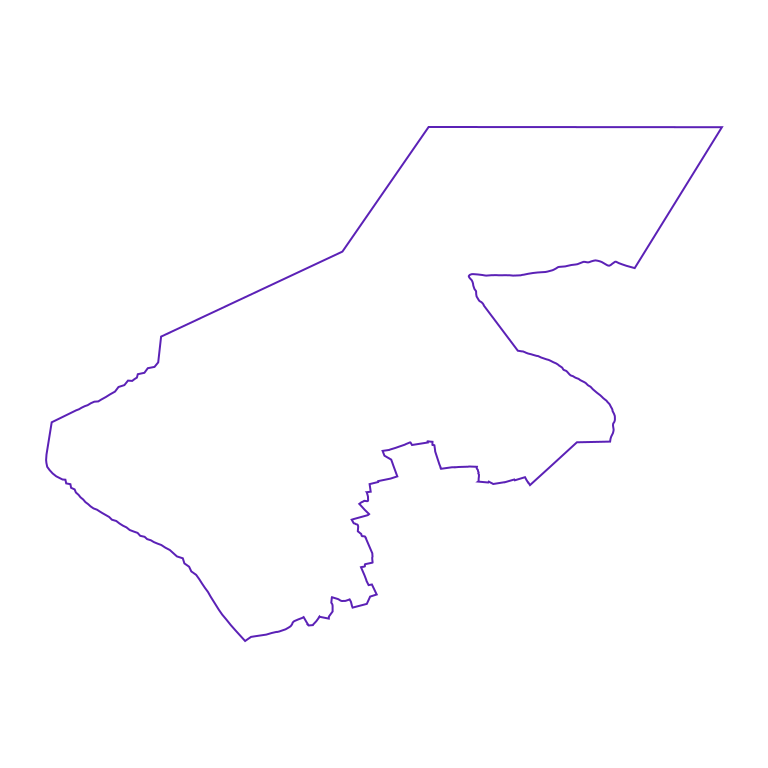 outline of Veere, Zeeland, Netherlands
{"feature_id": "6326949B71921166023383", "entity_name": "Veere", "entity_type": "district", "adm_level": 2, "iso_a3": "NLD", "parent_name": "Netherlands", "parent_adm1": "Zeeland", "projection": "natural_earth1", "projection_center": [3.598, 51.556], "detail": "fine", "context": "isolated", "style": "outline", "palette": "violet", "viewbox_px": 768, "rotation_deg": 0, "n_neighbors": 0, "source": "geoboundaries", "source_scale": "gbopen_adm2", "svg_char_len": 5938}
<svg xmlns="http://www.w3.org/2000/svg" viewBox="0 0 768 768"><path d="M610.1,441.6L610.5,438.9L610.7,438.2L611.2,436.6L611.8,435.4L612.9,433.2L613.2,432.1L613.5,430.8L613.6,430.0L613.6,429.4L613.2,426.9L613.0,425.5L613.1,424.0L613.3,423.4L614.2,422.1L614.7,420.8L614.9,419.7L614.9,418.0L614.8,416.0L614.0,413.8L612.6,411.1L612.5,410.5L612.4,409.7L612.0,408.7L610.9,406.8L610.0,405.0L609.7,404.4L609.3,403.9L607.3,401.8L606.5,400.7L604.8,399.4L603.2,398.1L602.0,396.9L600.3,395.3L596.9,392.7L592.9,389.3L590.6,386.8L590.3,386.6L588.7,385.7L587.9,385.2L585.7,383.0L584.4,382.2L581.4,380.7L580.2,380.1L579.2,379.3L578.4,378.8L576.2,378.0L575.1,377.5L573.0,376.2L571.2,375.6L570.7,375.4L570.2,375.0L569.5,374.4L567.1,371.7L566.2,370.9L564.2,370.1L563.6,369.8L563.3,369.5L563.1,369.2L562.3,367.8L561.9,367.4L559.8,366.0L559.0,365.5L558.4,364.9L557.4,364.2L556.1,363.4L553.3,362.2L550.4,360.7L548.6,359.9L546.4,359.3L541.1,357.5L538.4,356.2L537.8,356.0L536.7,355.9L533.2,354.9L531.3,354.3L529.2,353.8L528.0,353.5L525.9,352.7L525.1,352.3L523.9,351.8L522.9,351.4L522.0,351.4L517.8,350.7L483.8,305.5L483.7,304.9L482.8,303.5L482.1,302.8L481.5,302.2L479.6,301.1L479.2,300.7L478.7,300.0L476.6,296.5L476.2,294.2L476.1,291.6L476.0,291.1L474.4,288.9L473.9,287.4L473.3,285.6L473.0,283.5L472.4,281.6L471.7,280.2L470.0,278.4L469.4,277.6L469.1,277.1L468.9,276.7L468.8,276.3L468.8,276.1L469.1,275.6L469.8,274.9L470.2,274.7L471.6,274.2L472.6,274.1L474.4,274.2L478.1,274.5L482.3,275.0L485.2,275.5L485.7,275.5L486.4,275.6L491.5,275.2L492.8,275.2L495.9,275.1L497.3,275.2L499.6,275.3L505.3,275.2L510.0,275.3L513.0,275.6L516.1,275.5L520.7,275.3L522.2,274.9L523.8,274.7L528.1,273.8L533.0,273.0L537.5,272.5L541.9,272.2L545.3,272.0L547.4,271.6L552.3,270.3L553.3,269.9L554.3,269.4L556.3,268.3L557.6,267.4L558.2,267.1L559.1,266.9L565.3,266.4L566.9,266.0L571.4,265.0L575.6,264.5L577.4,264.2L583.3,261.9L584.2,261.9L585.0,261.9L586.6,262.2L588.0,262.4L589.4,262.1L591.2,261.4L593.7,260.7L595.5,260.4L597.4,260.7L598.7,261.0L600.4,261.5L601.9,262.1L606.5,264.8L607.6,265.4L608.6,265.6L609.0,265.7L609.5,265.6L610.7,265.0L611.1,264.7L612.3,263.7L613.5,262.9L614.8,261.9L615.3,261.8L615.8,261.7L616.4,261.9L619.0,263.2L620.4,263.7L622.0,264.3L626.4,265.8L634.7,268.1L721.9,127.2L428.6,127.0L342.4,251.6L161.1,336.6L158.2,362.4L154.5,366.9L147.8,368.2L144.4,372.8L137.8,374.2L136.9,377.6L134.5,379.1L132.2,380.9L128.0,380.6L124.4,385.1L118.5,387.0L115.0,391.6L110.0,394.4L105.9,397.0L101.0,399.7L98.3,401.4L94.3,401.7L90.9,403.2L87.6,405.2L84.7,406.2L81.6,407.7L78.9,409.3L76.2,410.3L70.7,413.0L51.7,422.3L46.5,454.5L46.1,460.0L46.4,462.9L47.2,466.8L49.6,470.1L52.6,473.4L56.2,476.3L62.5,479.5L65.4,479.7L66.2,483.4L70.4,484.2L71.1,487.8L74.6,489.4L75.9,492.5L78.6,494.9L80.5,497.3L83.2,499.5L85.4,502.1L88.2,504.2L90.6,506.4L93.5,508.4L97.0,509.7L99.6,511.4L102.2,513.0L109.2,517.0L111.9,519.7L116.3,521.0L119.5,523.5L123.0,525.7L126.5,527.4L129.7,530.0L133.6,531.5L137.6,532.9L140.2,535.8L144.6,536.8L147.1,539.1L150.9,540.3L153.9,542.1L157.5,543.6L161.3,545.0L165.4,547.7L169.8,550.0L176.9,556.4L182.8,558.3L184.4,563.4L189.1,566.7L191.3,571.4L196.2,574.9L199.2,579.1L202.0,583.5L204.9,587.8L208.0,592.0L210.6,596.6L218.8,609.7L222.2,614.6L226.4,619.6L230.8,625.1L235.3,630.2L244.4,640.2L245.1,641.0L251.0,636.9L254.8,636.3L266.3,634.6L271.7,633.0L276.5,631.9L277.0,632.0L279.2,631.5L285.6,629.3L288.9,627.4L290.4,626.4L291.0,625.8L292.0,624.4L292.2,624.0L292.5,623.0L293.2,622.0L294.0,621.3L294.8,620.9L298.3,619.4L302.3,617.9L303.6,617.1L306.8,622.6L308.5,625.2L308.3,625.2L308.5,625.4L308.8,625.5L309.4,625.4L312.9,625.1L313.1,624.6L313.4,624.3L316.3,621.2L319.4,617.0L319.2,616.9L319.5,616.5L319.7,616.8L328.8,618.6L328.9,616.6L330.9,613.8L332.6,611.5L332.6,605.9L332.4,604.6L332.1,603.9L331.3,602.7L331.8,597.7L332.0,597.2L332.9,597.5L337.8,599.0L338.5,599.3L340.4,600.5L341.1,600.8L341.9,601.0L345.4,600.9L348.4,599.9L349.6,599.4L350.5,601.0L351.0,602.0L351.9,605.7L352.6,607.6L366.8,603.9L369.6,597.8L370.1,596.6L376.7,594.5L371.9,584.5L368.6,585.1L366.4,580.7L366.4,580.4L366.3,580.0L364.5,575.3L361.0,567.2L362.3,566.9L363.5,566.8L364.8,566.4L364.9,566.2L364.9,564.5L365.1,564.2L372.2,562.7L372.5,562.6L372.6,562.3L372.3,559.7L372.2,557.7L372.5,556.7L372.3,553.3L366.1,538.9L366.1,538.2L365.6,537.9L365.4,537.5L365.2,536.7L364.6,536.4L363.1,536.2L362.2,536.2L361.7,535.8L361.6,535.4L361.4,534.8L361.3,534.2L361.2,534.0L360.8,533.6L359.9,533.0L359.4,532.5L357.9,531.4L357.8,531.2L358.2,526.7L357.9,525.3L357.6,524.8L357.2,524.5L355.7,524.1L354.9,523.5L354.1,523.4L353.8,523.3L353.5,522.9L351.7,519.7L353.9,519.0L367.3,515.3L368.2,514.9L369.1,514.1L364.7,509.8L359.8,504.4L359.3,503.9L361.4,502.3L362.1,502.0L362.7,501.8L363.4,501.3L364.1,500.9L364.2,501.0L365.1,500.9L367.1,501.2L367.8,501.0L368.1,500.4L368.0,497.6L368.0,496.7L367.7,495.5L367.0,493.0L366.9,492.3L366.8,492.2L370.7,491.7L369.6,484.1L378.2,482.0L378.2,481.1L390.5,478.6L397.3,476.4L393.3,465.5L392.4,462.9L391.2,459.6L384.6,455.8L384.4,455.6L382.6,450.9L389.4,449.9L389.9,449.6L395.5,447.9L398.9,446.7L405.0,444.6L404.9,444.6L406.1,444.0L408.1,443.2L410.0,442.4L410.3,442.4L410.5,442.5L412.0,445.0L427.8,442.5L427.6,441.4L427.8,441.3L430.0,441.6L432.5,441.8L432.4,444.6L432.4,444.9L432.5,445.0L433.3,445.0L433.8,445.0L434.2,445.2L434.4,445.3L434.6,446.9L435.1,450.3L435.1,450.8L435.2,451.5L436.0,454.0L439.4,464.4L441.1,468.6L440.9,468.6L441.0,468.8L451.7,467.3L455.2,467.2L455.2,467.3L458.4,467.0L461.3,466.9L468.1,466.7L469.1,466.5L476.9,466.8L476.7,467.6L476.7,468.2L476.9,468.7L477.8,469.8L478.0,471.0L478.6,472.5L478.3,473.2L478.3,473.4L478.9,474.5L479.0,474.9L478.9,475.8L478.9,476.9L478.7,478.0L478.6,480.3L478.5,481.4L478.2,481.6L488.2,482.5L488.8,481.6L490.9,482.8L491.3,482.9L493.2,484.0L504.5,482.2L504.6,482.3L514.3,479.5L514.8,480.3L525.0,477.2L526.5,480.0L528.2,482.7L528.4,482.6L530.0,485.1L548.4,468.4L576.9,442.3L610.1,441.6Z" fill="none" stroke="#5b21b6" stroke-width="2"/></svg>